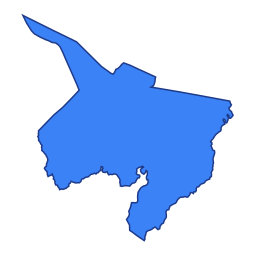 Monção, Maranhão, Brazil (Robinson projection)
{"feature_id": "56859067B17322500216026", "entity_name": "Monção", "entity_type": "district", "adm_level": 2, "iso_a3": "BRA", "parent_name": "Brazil", "parent_adm1": "Maranhão", "projection": "robinson", "projection_center": [-45.311, -3.479], "detail": "fine", "context": "isolated", "style": "filled", "palette": "blue", "viewbox_px": 256, "rotation_deg": 0, "n_neighbors": 0, "source": "geoboundaries", "source_scale": "gbopen_adm2", "svg_char_len": 4067}
<svg xmlns="http://www.w3.org/2000/svg" viewBox="0 0 256 256"><path d="M144.2,240.6L145.0,239.0L144.8,236.9L145.7,234.7L146.2,232.1L148.1,230.6L149.7,230.3L151.9,229.2L153.6,227.9L155.2,227.1L156.5,228.2L157.9,229.6L159.7,228.7L160.1,226.3L161.6,224.1L163.4,223.1L163.9,221.5L164.8,219.4L165.8,218.3L166.3,217.0L166.3,214.4L165.8,212.1L166.9,210.0L168.8,209.7L169.3,207.9L169.9,206.2L171.4,205.3L172.6,204.4L174.1,203.8L175.3,203.3L176.5,202.0L177.2,200.3L178.4,198.9L179.7,197.7L181.0,197.1L183.3,197.1L185.0,196.5L186.5,197.1L187.9,197.0L188.8,196.0L189.8,194.6L190.5,192.6L192.1,192.7L193.4,193.5L193.9,191.8L195.6,191.8L196.3,190.4L196.2,188.6L196.9,187.1L198.6,186.8L199.7,185.5L200.7,184.3L202.1,183.7L203.8,183.2L204.9,182.2L205.5,181.0L207.5,179.8L209.7,179.1L209.8,177.6L211.4,176.5L211.5,174.4L211.3,172.5L211.8,171.2L212.8,169.7L212.5,167.7L213.0,166.2L212.9,164.8L213.5,162.9L213.0,159.4L213.1,158.0L214.1,155.1L214.7,153.0L214.5,150.8L212.6,149.9L212.1,148.2L211.0,145.7L212.0,144.2L211.8,142.7L210.6,141.8L211.8,140.1L213.1,138.6L214.2,136.9L215.2,135.2L216.5,134.0L217.8,132.9L219.1,131.9L220.6,131.0L221.1,129.5L221.0,127.6L222.3,125.6L223.5,124.8L224.8,124.2L224.3,122.4L226.7,122.9L227.8,120.5L228.1,119.0L228.7,117.6L230.4,118.3L231.7,117.2L233.1,115.2L232.1,113.5L231.5,111.7L230.5,110.8L229.4,109.6L228.8,108.0L230.3,106.7L231.4,104.8L230.4,103.3L229.8,101.1L179.0,91.8L160.0,88.6L151.0,87.1L153.5,85.6L154.4,83.5L155.0,81.2L155.2,78.9L155.6,77.0L153.2,75.9L143.2,71.3L140.8,70.2L138.7,69.3L136.4,68.2L130.2,65.3L123.7,62.9L121.8,64.3L120.7,65.7L119.3,67.3L117.7,68.6L115.8,69.4L115.0,71.3L114.3,72.7L113.0,74.2L110.4,73.0L107.5,70.8L101.6,66.6L95.7,60.8L86.9,52.1L76.5,41.8L52.7,30.2L22.9,15.4L26.6,23.1L29.1,27.0L31.5,30.8L34.3,33.8L40.3,37.2L46.5,40.0L48.2,40.5L51.9,42.4L55.8,43.0L58.5,45.1L60.0,46.7L62.8,52.4L65.3,58.3L72.7,75.0L77.2,85.3L79.1,90.3L70.3,99.6L62.6,107.5L55.9,113.2L54.1,114.7L38.5,130.8L38.6,132.2L38.3,133.9L38.7,135.2L37.8,136.4L38.6,138.1L38.6,140.5L40.0,142.2L40.8,144.0L42.0,145.2L41.5,147.1L42.0,149.0L41.7,150.4L43.3,151.7L44.6,153.5L45.7,154.6L46.5,156.4L47.3,157.5L47.7,158.9L47.8,160.3L47.3,161.9L46.5,164.0L46.3,166.4L45.2,167.0L44.4,168.2L45.4,170.0L46.9,171.5L47.3,173.1L47.4,174.8L48.1,176.5L49.6,175.7L51.3,175.1L52.2,174.0L52.9,175.9L53.8,177.6L53.3,178.9L54.5,179.9L54.9,181.4L55.1,183.6L55.8,185.0L57.3,185.2L58.0,186.8L59.0,188.0L59.7,189.7L61.3,188.9L62.7,189.4L64.3,188.9L66.1,188.3L67.2,187.2L68.8,186.3L68.8,184.1L70.2,183.2L71.1,181.3L72.7,182.0L74.5,182.6L75.9,183.0L77.4,182.7L79.3,182.8L80.8,181.6L81.3,180.1L82.1,178.8L83.5,178.8L84.5,178.0L85.7,177.2L87.0,177.1L88.5,176.7L89.4,175.7L90.9,174.4L93.1,173.9L94.7,173.2L96.0,174.0L96.8,173.0L98.5,172.5L99.2,171.2L100.6,170.5L100.9,168.5L101.2,166.6L102.4,166.8L102.9,168.4L102.3,169.6L102.2,170.9L103.1,172.2L105.1,172.5L107.0,171.6L107.6,173.0L108.7,174.8L110.6,174.3L112.3,174.6L114.1,173.9L115.8,174.2L117.0,174.9L118.0,176.5L119.4,178.4L120.1,180.5L119.8,182.4L120.3,184.2L120.4,186.0L121.8,186.4L122.9,186.1L124.7,185.7L126.5,185.7L128.3,185.9L129.7,186.1L130.8,184.9L131.8,183.7L133.0,183.0L134.4,182.9L135.7,181.8L136.5,179.8L137.8,178.0L139.3,177.8L139.8,176.5L139.6,175.2L138.5,174.9L137.2,174.6L136.2,173.3L136.9,171.6L136.7,170.2L136.9,168.9L138.0,168.0L139.6,167.2L141.0,167.0L142.6,166.2L143.5,167.2L141.7,168.3L140.5,169.6L140.8,171.6L142.0,173.2L143.9,174.2L145.4,172.5L146.2,170.5L147.3,171.5L147.3,173.3L147.3,175.0L146.6,176.2L146.4,178.1L146.8,179.7L148.0,179.8L148.1,181.8L147.8,183.4L146.9,184.7L145.3,185.6L143.9,185.9L142.5,186.6L141.3,187.5L140.3,188.5L139.2,190.4L138.1,192.2L137.8,194.5L137.6,196.7L137.7,198.9L137.8,201.2L136.7,202.6L134.6,202.8L132.9,202.6L131.6,202.7L130.4,207.6L129.8,209.1L128.8,211.2L129.4,213.8L129.2,215.2L128.3,217.0L126.5,219.5L129.5,225.0L129.7,230.4L132.3,232.1L135.7,234.7L137.9,236.3L144.2,240.6ZM224.3,122.4L223.3,120.6L223.4,119.1L224.6,119.4L225.4,120.7L224.3,122.4ZM228.7,117.6L227.1,115.8L227.4,114.5L228.9,115.4L228.7,117.6Z" fill="#3b82f6" stroke="#1e3a8a" stroke-width="1.5"/></svg>